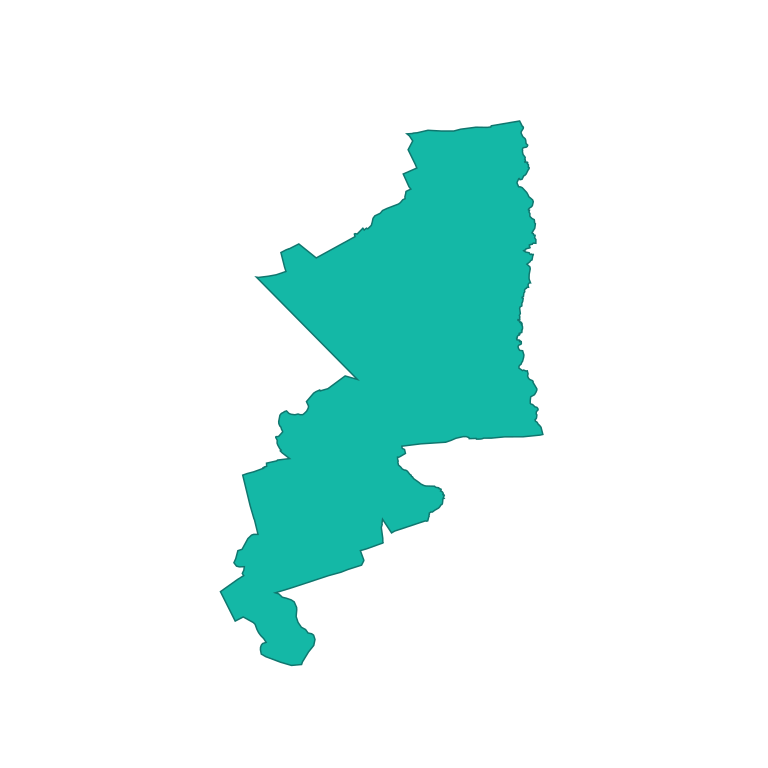 outline of Matasaru, Dâmbovita, Romania, rotated 29°
{"feature_id": "2599482B12990773246129", "entity_name": "Matasaru", "entity_type": "district", "adm_level": 2, "iso_a3": "ROU", "parent_name": "Romania", "parent_adm1": "Dâmbovita", "projection": "albers", "projection_center": [25.452, 44.69], "detail": "fine", "context": "isolated", "style": "filled", "palette": "teal", "viewbox_px": 768, "rotation_deg": 29, "n_neighbors": 0, "source": "geoboundaries", "source_scale": "gbopen_adm2", "svg_char_len": 6151}
<svg xmlns="http://www.w3.org/2000/svg" viewBox="0 0 768 768"><g transform="rotate(29 384 384)"><path d="M488.6,482.5L487.6,478.7L487.6,477.8L486.9,477.0L486.9,476.1L486.2,475.0L487.0,473.3L488.4,472.5L489.6,469.8L491.9,466.0L492.3,464.4L492.4,462.2L493.1,461.2L493.0,460.1L491.9,457.4L491.1,456.3L492.0,454.9L491.0,454.7L490.7,452.1L490.3,451.9L489.2,452.2L488.8,450.9L488.2,450.5L487.0,450.0L485.3,450.1L485.3,448.8L484.7,448.3L483.0,448.8L482.2,448.2L479.2,449.3L477.8,448.9L470.1,452.9L468.2,453.4L464.3,453.6L463.3,453.3L455.7,452.4L453.9,451.4L452.8,451.5L451.9,450.6L450.4,450.5L446.7,448.9L444.7,448.8L444.2,449.3L441.2,449.5L438.8,448.5L436.0,447.9L434.0,445.7L433.8,444.6L432.3,443.1L431.3,441.4L432.4,440.9L433.5,439.3L436.4,434.3L433.7,431.3L431.3,431.5L430.3,430.6L429.8,429.7L445.2,418.5L466.2,405.0L469.9,400.9L473.2,396.6L478.7,391.7L481.5,390.1L484.3,389.7L485.0,390.5L491.0,386.9L491.6,387.4L494.7,385.6L496.2,384.5L497.5,383.0L504.4,379.1L515.5,371.5L531.0,362.9L545.3,353.0L547.4,351.1L542.3,345.7L539.7,344.6L538.9,344.7L536.4,343.2L534.5,343.1L533.4,342.0L533.9,340.6L533.8,339.7L532.7,336.9L531.6,336.4L531.1,335.3L530.7,334.3L531.3,331.9L530.5,330.9L529.0,330.3L527.2,330.8L523.9,329.9L522.5,330.3L521.3,330.0L520.0,327.7L518.5,324.1L520.8,320.4L520.9,317.2L520.6,315.1L520.0,314.1L513.5,310.3L513.1,309.4L512.1,309.1L509.1,309.4L507.4,308.8L505.7,307.4L505.1,305.3L502.9,303.0L501.9,303.8L499.4,304.1L498.7,305.1L494.4,304.7L493.5,303.2L493.6,301.8L494.3,300.3L494.0,298.3L494.2,297.1L493.2,293.0L492.3,290.8L489.1,287.7L486.3,288.8L484.4,287.7L483.1,286.4L483.0,285.6L483.2,284.4L484.5,282.9L484.5,282.0L483.5,280.4L482.4,281.2L481.8,280.9L482.0,280.2L481.1,280.0L478.8,280.9L477.8,279.7L478.2,279.3L477.5,277.8L477.9,276.3L478.7,275.5L478.7,275.2L478.2,275.4L477.7,274.1L478.8,273.2L478.8,272.6L479.5,272.1L478.8,270.3L478.3,270.1L478.5,269.2L478.3,268.4L477.5,266.9L476.1,265.5L475.7,264.5L475.4,264.3L475.2,264.9L474.3,263.5L474.0,263.6L473.7,264.3L472.9,264.2L472.6,263.2L470.4,263.4L470.1,263.0L470.0,262.7L471.3,262.1L471.5,261.7L470.4,260.2L470.4,259.6L469.1,258.3L469.1,256.3L465.9,252.0L465.7,250.5L466.7,248.9L465.4,246.5L465.3,244.6L464.3,241.8L463.0,241.7L462.8,241.0L463.6,240.0L462.2,236.6L462.4,235.1L461.4,233.8L461.4,232.8L461.7,231.6L462.2,231.3L462.2,230.1L463.5,229.3L462.3,228.0L461.8,227.1L461.9,225.7L462.3,224.9L463.1,224.5L460.6,222.4L459.6,221.2L457.8,217.7L456.1,212.5L454.9,210.9L450.9,209.9L452.4,206.3L452.4,205.0L453.3,203.7L452.0,199.8L451.9,198.5L451.6,198.3L450.8,199.0L450.0,198.9L449.5,199.6L448.8,199.7L447.3,198.8L444.0,199.9L441.5,199.7L441.7,199.3L442.8,198.1L442.6,197.2L442.9,196.7L445.6,194.2L445.5,193.7L444.8,193.6L444.5,193.2L444.4,192.6L443.7,192.0L444.0,191.5L446.0,189.8L445.9,189.2L446.3,188.4L448.6,187.3L446.8,184.0L444.9,183.2L444.1,180.7L442.6,181.0L441.8,180.1L440.2,180.1L440.1,178.3L440.4,177.4L440.1,176.7L440.4,175.4L440.3,174.5L438.7,170.4L437.6,170.0L437.0,169.4L436.8,168.7L435.7,167.4L433.3,167.5L430.7,166.8L430.0,166.2L429.0,164.2L427.6,163.4L427.2,162.6L427.0,161.5L425.9,161.7L425.6,161.1L426.0,159.4L427.0,157.7L427.3,156.1L426.2,152.2L424.7,150.9L419.6,149.9L419.0,149.2L416.0,147.3L409.8,145.3L408.0,145.4L406.1,146.2L403.0,143.8L402.6,143.1L402.3,139.0L402.6,138.7L403.9,139.4L405.5,138.0L405.3,134.2L406.0,133.3L406.5,131.5L406.3,126.9L406.5,125.9L406.3,124.7L405.9,124.3L405.1,124.4L404.1,122.3L402.4,121.7L402.4,120.8L402.0,120.5L400.6,121.0L399.8,121.7L399.4,121.5L399.5,120.2L398.7,119.3L398.0,119.1L398.0,118.3L397.6,117.3L394.4,115.9L392.8,114.1L392.2,113.2L392.0,112.5L391.2,111.6L391.1,110.4L391.4,109.7L393.6,107.9L394.1,106.8L393.9,105.4L391.7,104.8L389.6,101.9L388.4,101.0L385.5,100.4L382.3,98.1L381.7,96.8L381.9,93.0L381.5,92.0L380.7,91.5L380.3,91.7L375.1,88.2L352.8,106.0L352.6,106.4L352.8,107.4L349.9,109.5L339.8,114.9L327.5,124.0L322.4,128.9L311.6,134.9L299.4,140.8L291.2,148.2L287.8,150.5L287.8,150.9L282.8,154.1L286.0,154.7L291.3,157.5L291.5,167.4L304.7,176.6L308.0,179.2L299.0,191.0L310.3,199.4L313.0,200.5L310.0,204.7L310.0,205.6L310.4,206.1L311.5,210.1L312.6,211.7L311.1,213.7L310.4,217.4L309.4,219.6L301.5,229.0L298.6,233.0L298.0,236.4L294.5,241.3L294.1,244.0L294.2,244.9L295.2,248.0L296.0,251.4L294.7,255.8L294.3,256.2L293.1,256.2L292.0,258.9L290.0,258.0L287.8,265.8L285.8,266.5L285.4,267.2L287.2,269.2L263.8,306.3L263.6,306.6L241.6,302.8L235.3,312.1L235.1,312.0L233.2,314.3L230.1,319.0L240.3,329.9L243.7,333.1L236.7,340.8L230.6,345.8L222.5,351.7L220.6,352.4L358.5,392.9L346.1,395.8L337.2,415.3L331.5,421.0L330.7,420.4L328.2,423.7L326.9,426.1L324.7,437.0L328.7,439.9L329.4,441.7L329.5,445.3L328.5,448.6L327.8,450.2L325.5,451.5L323.4,451.9L321.0,454.1L317.2,455.6L315.0,455.8L311.8,454.8L310.2,456.5L309.9,457.5L308.9,458.8L308.4,459.8L308.1,461.8L310.1,467.9L311.3,469.7L313.2,471.2L314.9,471.8L316.2,473.2L318.2,474.5L318.6,475.1L317.3,480.6L316.9,481.3L315.2,482.3L315.0,482.8L315.3,483.3L317.8,484.9L319.2,487.6L320.7,488.9L324.2,491.1L326.1,491.7L325.7,492.8L328.4,493.6L337.6,495.0L327.7,502.2L327.5,503.2L319.6,510.2L321.3,512.9L319.5,514.6L319.9,515.1L318.8,516.0L319.2,516.4L312.6,524.0L307.7,528.7L304.6,532.2L325.9,555.3L335.7,565.0L336.4,565.4L346.7,576.6L342.9,578.7L341.4,580.4L339.9,585.1L340.0,597.4L337.0,600.6L339.0,608.6L339.4,613.1L343.3,614.8L346.1,614.1L350.4,611.5L351.7,614.9L351.9,618.4L354.2,619.6L350.7,625.9L341.6,644.9L368.8,663.5L373.8,656.0L385.4,656.0L387.8,656.7L391.8,660.2L394.9,662.3L398.2,663.8L402.2,665.0L406.2,667.1L403.7,669.8L403.3,671.7L403.7,674.2L404.8,676.4L407.6,679.7L412.8,679.8L428.4,677.5L439.5,675.0L447.9,669.3L447.4,666.6L447.9,654.9L449.3,646.7L447.5,640.9L444.2,637.8L441.8,637.5L438.3,638.6L434.5,636.8L429.6,636.8L424.3,634.1L419.9,630.0L417.2,623.9L415.9,621.8L411.1,618.1L407.5,617.8L402.4,618.7L398.4,619.8L393.8,618.6L390.2,619.3L402.8,606.2L428.4,578.5L437.6,569.5L442.3,563.8L452.2,553.3L452.0,548.3L451.6,547.7L444.1,541.2L448.6,536.7L456.9,527.2L460.1,523.6L460.1,523.1L459.6,522.8L457.7,519.5L451.2,510.8L450.5,507.7L449.8,506.9L448.3,503.0L462.8,510.6L464.6,507.5L486.4,483.8L487.6,483.4L488.6,482.5Z" fill="#14b8a6" stroke="#0f766e" stroke-width="1.5"/></g></svg>